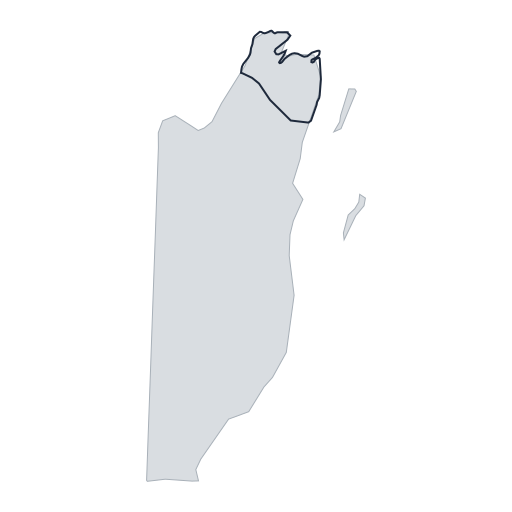 Corozal on a map of Belize (Robinson projection)
{"feature_id": "BLZ-1325", "entity_name": "Corozal", "entity_type": "District", "adm_level": 1, "iso_a3": "BLZ", "parent_name": "Belize", "parent_adm1": "", "projection": "robinson", "projection_center": [-88.323, 18.225], "detail": "fine", "context": "in_parent", "style": "outline", "palette": "slate", "viewbox_px": 512, "rotation_deg": 0, "n_neighbors": 0, "source": "natural_earth", "source_scale": "10m", "svg_char_len": 1864}
<svg xmlns="http://www.w3.org/2000/svg" viewBox="0 0 512 512"><path d="M158.4,147.8L158.3,132.7L162.7,120.8L175.2,115.7L191.5,126.1L198.2,130.5L204.3,128.0L212.0,121.7L221.5,103.3L245.2,65.4L254.7,38.5L264.0,33.1L277.4,32.2L289.0,33.9L280.9,53.6L289.0,56.1L296.3,54.3L313.9,55.0L320.7,76.5L318.9,94.6L302.3,142.3L300.2,158.7L292.6,183.3L302.9,199.4L293.3,220.9L290.0,234.7L289.2,255.6L294.1,295.3L286.3,352.4L272.5,377.4L264.0,386.9L248.7,411.7L228.6,419.1L200.8,459.1L195.8,469.6L198.5,480.9L192.0,481.1L165.3,479.2L147.3,481.3L146.6,480.3L148.1,437.3L150.5,370.7L152.2,321.9L153.9,274.2L155.2,238.4L156.9,189.8L158.4,147.8ZM341.0,128.7L333.8,131.9L339.7,121.9L340.6,115.5L348.8,88.9L354.8,89.0L356.3,91.4L341.0,128.7ZM355.8,215.6L344.1,239.8L343.4,232.9L348.2,215.0L354.8,208.7L358.8,202.1L359.7,194.3L365.4,198.1L364.0,205.8L355.8,215.6Z" fill="#d9dde1" stroke="#a8b0b8" stroke-width="1"/><path d="M271.3,30.7L272.0,31.0L273.5,32.6L274.6,33.3L275.5,33.2L276.4,32.6L277.5,32.3L286.9,32.2L287.7,32.3L287.7,33.0L290.3,35.6L287.4,39.8L275.7,49.0L274.6,51.5L276.3,54.2L278.5,54.4L285.7,50.8L284.8,53.3L283.4,56.0L280.0,60.8L279.1,62.3L279.6,63.1L280.7,63.0L282.1,62.0L284.6,58.8L289.6,54.9L292.0,53.7L294.5,53.2L297.8,53.7L302.2,56.0L304.2,56.7L307.4,56.2L311.9,52.7L317.2,50.9L318.9,50.7L319.7,51.3L319.4,53.8L318.6,55.4L315.6,57.9L312.2,59.5L311.5,60.2L311.4,62.1L312.5,62.5L313.8,61.9L315.0,59.9L316.2,58.9L317.7,58.2L319.2,57.9L319.7,58.8L320.9,79.3L319.7,95.2L319.2,97.9L317.1,102.0L316.6,104.8L311.0,120.7L308.4,122.6L290.7,120.5L270.0,99.9L259.0,83.5L252.1,77.9L242.5,73.3L241.0,72.9L241.1,72.3L241.4,69.6L242.0,66.6L243.4,63.8L248.1,57.9L249.9,54.7L250.5,52.7L251.0,48.3L252.4,44.2L253.2,38.9L254.0,37.1L255.1,35.8L259.8,31.8L261.3,32.0L262.7,32.8L264.3,33.3L265.6,33.1L268.6,31.9L270.2,31.0L271.3,30.7Z" fill="none" stroke="#1e293b" stroke-width="2"/></svg>